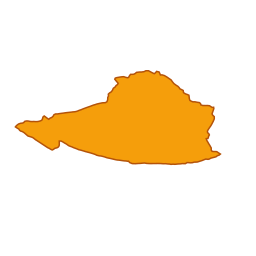 the district of Uriri, Nyanza, Kenya, rotated 129°
{"feature_id": "3690345B30579177198917", "entity_name": "Uriri", "entity_type": "district", "adm_level": 2, "iso_a3": "KEN", "parent_name": "Kenya", "parent_adm1": "Nyanza", "projection": "equal_earth", "projection_center": [34.454, -0.944], "detail": "fine", "context": "isolated", "style": "filled", "palette": "amber", "viewbox_px": 256, "rotation_deg": 129, "n_neighbors": 0, "source": "geoboundaries", "source_scale": "gbopen_adm2", "svg_char_len": 3476}
<svg xmlns="http://www.w3.org/2000/svg" viewBox="0 0 256 256"><g transform="rotate(129 128 128)"><path d="M129.2,71.7L127.8,70.3L126.7,68.7L125.6,67.6L124.5,66.5L122.9,64.7L121.4,63.3L120.5,62.1L119.5,60.9L117.8,60.4L116.7,59.0L115.8,57.6L114.4,56.1L112.8,55.0L111.8,53.8L110.9,52.8L109.8,52.0L108.5,51.2L107.5,50.5L106.4,49.8L104.9,49.0L103.2,48.0L102.0,46.1L101.0,45.3L99.4,44.7L97.9,43.6L96.4,42.5L95.0,41.5L93.3,41.1L91.7,40.1L90.1,39.8L90.4,42.6L90.5,44.1L91.4,45.4L92.3,46.5L93.2,47.9L92.8,49.4L91.1,50.8L90.8,51.6L90.0,53.6L89.4,55.4L88.6,57.4L88.0,59.1L87.0,60.5L85.8,59.3L84.9,59.6L83.5,60.2L82.2,60.4L81.6,61.6L81.5,63.2L80.5,64.3L79.1,64.6L77.4,64.8L76.0,64.9L74.4,65.0L72.4,65.3L71.0,65.6L70.0,65.8L69.4,65.9L68.4,66.2L68.0,66.3L66.6,66.7L64.9,68.1L64.7,70.4L64.1,71.6L63.0,72.0L61.9,72.4L60.5,72.9L58.9,73.5L58.0,74.5L59.1,75.6L59.4,78.7L60.6,80.5L62.0,82.2L63.0,83.5L63.4,83.9L63.9,85.2L64.2,85.9L63.4,87.0L63.3,88.5L64.4,90.3L65.6,92.6L66.8,94.0L67.3,95.5L67.6,97.3L66.5,98.9L65.2,100.2L64.2,101.3L64.6,102.9L65.3,104.8L65.6,107.1L64.1,108.7L64.2,109.4L64.9,112.5L64.6,113.1L64.4,113.8L64.2,115.4L64.5,117.8L64.6,120.3L64.1,122.7L63.5,124.7L63.7,127.1L63.9,129.8L64.2,131.8L64.3,132.6L65.3,135.0L66.4,136.2L65.6,137.6L64.9,139.1L66.0,141.4L67.8,141.4L69.3,141.8L69.8,143.9L70.2,146.0L70.6,148.1L72.2,150.1L74.1,151.0L74.6,151.4L75.5,152.3L75.9,152.6L77.2,154.2L79.4,156.4L81.1,156.7L82.5,157.3L83.5,158.3L84.7,159.8L86.7,159.7L88.2,159.4L89.1,159.8L90.0,161.5L90.6,163.1L91.0,163.9L91.6,164.5L92.8,165.7L93.4,166.2L93.9,166.7L95.1,167.7L95.6,168.2L96.2,168.6L97.2,169.3L98.4,169.0L98.8,167.3L99.1,165.6L99.3,164.6L99.4,163.8L100.9,163.5L102.4,164.0L104.1,163.8L106.4,164.4L108.6,163.8L110.6,163.8L112.4,164.4L114.1,164.6L115.4,163.3L116.9,163.0L118.8,161.6L120.8,160.9L122.5,161.5L124.6,163.8L126.8,165.6L129.1,167.4L130.6,168.3L131.8,169.2L133.7,170.3L135.4,171.3L137.8,172.8L141.3,174.9L143.4,176.0L144.9,177.0L146.8,178.0L148.2,179.0L149.2,179.9L150.1,180.9L151.3,182.0L154.8,185.5L157.5,188.0L159.9,190.3L161.5,191.7L162.6,193.1L164.2,193.9L166.1,193.6L167.8,193.9L169.4,194.8L170.7,195.0L171.1,195.1L171.3,197.7L171.3,199.3L171.4,200.2L171.4,200.7L172.9,201.0L174.1,200.5L175.7,199.9L177.2,200.3L178.4,201.1L179.7,202.1L181.1,203.7L182.3,205.4L183.4,206.6L184.4,208.0L185.2,209.6L186.1,211.0L187.7,212.4L189.3,212.5L190.5,213.0L192.0,214.5L193.8,215.6L196.3,216.2L198.0,216.2L197.8,213.8L197.5,212.4L198.0,210.7L197.9,209.3L197.3,208.0L197.0,205.7L197.1,203.3L197.2,200.8L196.0,197.8L195.7,197.1L195.3,195.5L195.3,193.7L195.3,193.1L195.3,192.4L195.1,191.1L195.0,189.9L194.7,187.1L193.8,177.9L193.4,176.5L193.2,174.7L192.8,173.1L191.4,172.4L190.2,172.2L189.6,171.9L188.3,170.9L187.8,170.6L186.6,170.2L186.0,170.2L185.1,170.4L184.4,170.8L183.6,171.4L183.1,171.8L181.4,173.2L180.2,171.7L179.8,169.6L179.6,167.9L179.2,165.7L179.1,163.1L178.6,161.4L178.0,159.8L177.5,157.8L177.0,156.4L176.2,154.0L175.9,152.7L174.9,150.7L173.7,147.8L173.1,146.2L172.4,144.7L171.4,142.5L170.2,139.6L169.2,136.9L168.8,135.1L167.7,132.8L166.7,131.3L166.0,129.8L165.2,128.0L164.3,125.5L163.1,123.2L161.5,119.9L160.6,118.0L159.7,116.3L158.6,114.7L157.0,112.0L155.9,110.2L154.9,108.8L154.5,108.1L154.0,107.2L153.5,106.7L153.8,104.9L153.0,102.3L151.1,99.8L149.2,97.8L147.7,96.1L146.5,94.9L144.8,93.1L143.7,91.1L141.8,88.5L140.3,86.7L138.5,84.5L136.8,82.5L135.1,80.3L133.6,78.1L132.0,76.2L130.8,74.3L129.8,72.9L129.2,71.7Z" fill="#f59e0b" stroke="#b45309" stroke-width="1.5"/></g></svg>